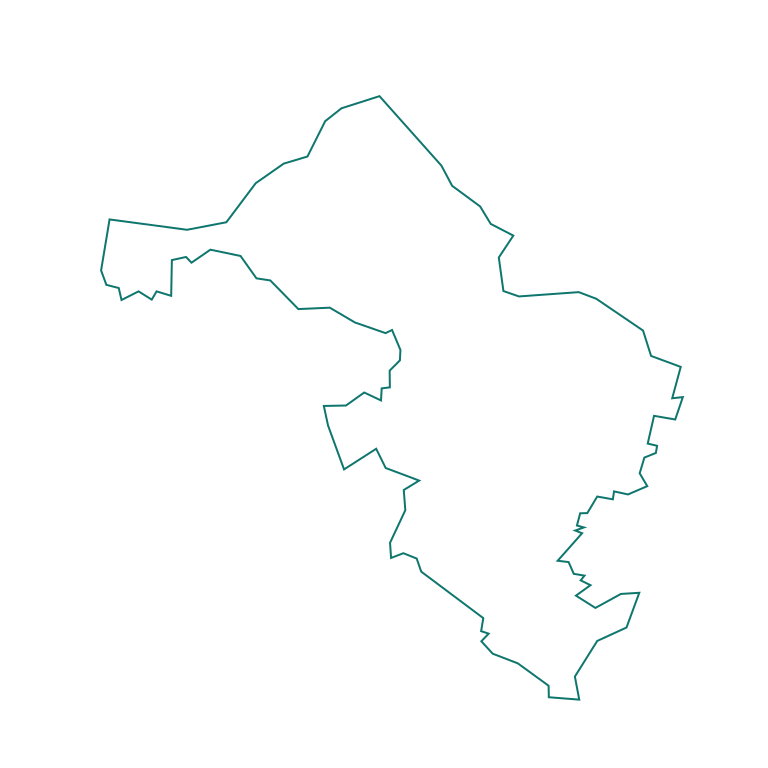 outline of Brvenitsa, Brvenica, North Macedonia, rotated 189°
{"feature_id": "65306769B32864383387565", "entity_name": "Brvenitsa", "entity_type": "district", "adm_level": 2, "iso_a3": "MKD", "parent_name": "North Macedonia", "parent_adm1": "Brvenica", "projection": "robinson", "projection_center": [21.042, 41.888], "detail": "fine", "context": "isolated", "style": "outline", "palette": "teal", "viewbox_px": 768, "rotation_deg": 189, "n_neighbors": 0, "source": "geoboundaries", "source_scale": "gbopen_adm2", "svg_char_len": 1433}
<svg xmlns="http://www.w3.org/2000/svg" viewBox="0 0 768 768"><g transform="rotate(189 384 384)"><path d="M680.8,503.6L681.2,451.9L673.7,438.5L661.0,437.3L656.4,425.9L640.9,437.1L626.6,431.0L623.1,439.9L608.0,437.8L612.9,473.2L599.4,478.5L593.1,473.7L576.5,489.5L545.7,488.0L526.5,468.4L512.5,468.5L480.3,444.6L449.5,450.9L422.3,440.2L390.4,434.5L384.5,438.6L373.1,420.2L372.0,409.8L380.5,398.1L377.7,381.6L385.6,379.3L384.4,367.3L402.2,372.5L418.2,356.8L440.0,352.9L432.8,334.3L410.1,293.4L381.6,318.8L369.2,301.3L334.2,294.1L347.9,282.4L343.2,262.7L353.2,228.1L349.8,213.3L338.4,219.9L324.4,216.7L317.9,204.5L249.3,168.3L249.4,155.1L241.6,153.8L247.6,145.1L234.4,134.6L208.1,129.0L174.2,111.7L172.2,100.4L141.8,102.8L149.7,124.9L133.2,163.6L106.4,181.4L99.2,217.7L117.2,213.7L140.2,195.9L161.3,205.0L148.6,217.6L159.0,220.8L156.0,226.1L166.9,226.2L173.8,237.0L184.8,236.6L165.0,267.6L172.2,269.2L164.1,273.6L171.3,274.4L170.0,287.0L163.0,288.3L155.8,306.2L139.9,305.9L140.0,313.9L125.7,313.1L108.0,324.3L117.5,335.8L115.3,352.1L104.7,358.4L104.6,365.7L114.2,366.4L112.3,394.8L90.8,394.5L86.8,417.8L97.1,415.0L93.6,447.3L124.6,453.5L136.5,477.3L187.7,501.4L206.0,505.2L264.4,491.6L280.6,494.5L290.4,526.9L279.5,550.8L303.6,558.8L316.8,574.4L347.7,590.4L361.4,608.6L433.5,667.6L469.1,649.7L483.2,634.4L495.2,596.7L517.5,586.0L542.1,562.3L565.0,519.1L602.7,505.5L680.8,503.6Z" fill="none" stroke="#0f766e" stroke-width="2"/></g></svg>